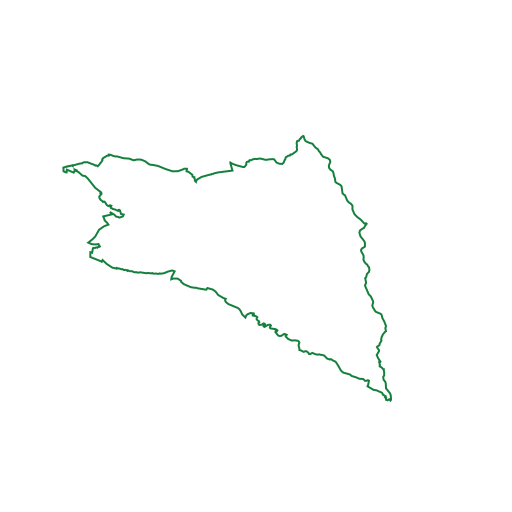 outline of Plopis, Salaj, Romania, rotated 226°
{"feature_id": "2599482B94212373707820", "entity_name": "Plopis", "entity_type": "district", "adm_level": 2, "iso_a3": "ROU", "parent_name": "Romania", "parent_adm1": "Salaj", "projection": "robinson", "projection_center": [22.647, 47.107], "detail": "fine", "context": "isolated", "style": "outline", "palette": "green", "viewbox_px": 512, "rotation_deg": 226, "n_neighbors": 0, "source": "geoboundaries", "source_scale": "gbopen_adm2", "svg_char_len": 6118}
<svg xmlns="http://www.w3.org/2000/svg" viewBox="0 0 512 512"><g transform="rotate(226 256 256)"><path d="M309.2,373.5L309.6,373.3L309.9,370.7L309.4,369.8L309.7,368.8L309.1,366.9L310.0,365.7L310.0,365.1L308.9,363.6L306.8,362.1L306.2,361.0L304.3,359.8L303.4,358.4L303.4,357.2L304.2,352.1L305.1,351.3L304.7,350.3L305.8,348.7L305.9,347.5L306.3,346.4L306.2,345.7L305.1,344.0L305.1,343.2L303.9,340.6L304.1,338.7L306.3,336.8L309.0,335.7L312.9,336.2L314.3,335.1L317.1,331.7L317.7,330.5L319.4,329.1L322.1,327.5L323.8,326.1L325.1,324.0L326.6,322.7L327.9,320.6L328.2,319.1L329.4,318.0L329.3,317.3L328.8,316.4L329.7,315.5L330.0,314.6L329.7,313.7L328.4,312.4L328.1,309.6L328.8,308.6L335.3,304.7L339.2,302.9L341.0,302.5L340.7,302.1L333.8,298.4L342.3,287.0L344.4,283.6L344.8,282.3L345.6,281.4L345.6,280.6L346.4,279.7L350.7,271.8L351.9,266.8L351.5,265.2L351.7,264.8L351.2,264.3L352.1,264.2L353.1,264.7L353.8,265.4L354.9,265.7L355.5,266.4L357.1,265.5L358.7,266.6L363.4,265.9L365.2,264.9L366.7,266.9L368.7,265.0L369.0,263.7L371.2,258.8L374.9,254.8L381.3,251.4L388.8,248.1L393.4,244.9L394.9,243.5L396.7,242.7L400.6,242.2L404.1,240.8L405.9,239.7L406.6,238.8L407.8,237.8L409.8,234.5L414.3,232.3L418.4,228.6L424.4,225.1L424.9,224.3L426.8,223.0L430.0,221.6L431.0,220.7L430.4,220.4L430.4,219.8L431.5,218.8L432.7,213.6L432.2,212.4L431.7,212.3L430.9,209.6L431.0,208.9L430.6,206.6L430.5,204.5L431.9,204.2L432.5,203.3L433.2,203.3L440.7,199.8L441.7,198.5L442.6,197.9L443.5,195.9L443.4,195.3L444.8,193.6L447.9,187.9L448.6,187.4L448.6,187.1L448.1,186.6L449.0,186.4L449.9,185.2L449.9,184.7L450.8,183.7L451.1,182.7L451.7,182.5L451.7,182.0L453.4,178.9L450.6,176.4L448.3,177.3L447.7,177.8L449.5,179.9L442.6,182.8L443.4,185.0L444.3,185.6L442.1,186.5L441.7,185.8L439.8,186.6L434.4,187.0L432.0,188.7L428.3,188.8L416.6,187.7L409.4,188.8L409.3,187.7L408.0,187.9L407.7,184.7L406.6,183.7L404.5,183.2L403.1,183.5L401.1,183.5L400.8,184.5L399.7,184.8L396.5,184.1L395.0,184.3L394.0,184.8L393.7,185.6L394.0,185.9L393.8,186.3L392.6,186.8L392.2,185.4L391.2,185.0L389.6,185.8L389.2,185.7L387.2,187.0L384.2,188.1L384.1,188.4L384.6,189.2L384.2,189.7L383.3,189.8L380.0,188.1L377.7,189.6L377.0,187.9L377.1,187.4L378.5,184.4L379.9,183.9L381.5,182.7L384.0,182.8L389.1,181.5L386.1,181.2L390.6,173.6L387.1,172.2L386.8,171.8L383.3,172.0L381.1,171.6L382.9,167.5L383.9,161.4L381.7,153.9L381.6,150.3L382.1,144.6L378.8,146.0L377.7,146.8L375.4,149.0L374.0,151.0L372.6,150.4L371.4,150.4L371.3,149.9L372.3,148.4L372.2,147.6L372.8,147.4L373.4,146.6L373.6,145.7L374.4,145.1L374.9,144.1L372.2,140.4L373.8,139.5L370.4,136.1L360.6,140.5L359.0,141.0L359.7,142.8L353.9,143.1L347.4,144.6L343.8,146.9L344.2,147.5L342.3,148.5L342.0,149.0L339.7,150.1L339.4,150.8L337.6,151.3L336.6,152.6L334.6,153.2L334.8,153.9L333.1,154.4L330.8,156.5L329.5,156.8L328.0,157.9L327.7,158.6L326.2,159.3L324.6,161.5L320.2,164.8L319.3,165.7L319.1,166.3L316.2,168.6L315.9,169.5L314.9,169.7L312.4,172.3L311.4,172.9L310.5,174.0L310.4,174.6L309.3,175.3L307.2,178.4L307.1,179.4L306.6,179.9L306.2,181.4L303.8,185.7L301.5,186.8L299.5,180.8L298.1,178.9L297.2,180.9L294.1,184.0L290.1,184.8L289.4,184.2L285.9,184.5L278.8,187.5L275.5,190.0L274.9,190.8L273.3,191.6L266.3,196.8L266.7,198.8L261.9,201.6L258.5,202.2L254.3,201.7L248.6,203.3L246.2,204.4L246.1,203.5L244.7,202.5L243.0,202.4L240.4,202.8L231.3,206.8L229.6,207.1L226.9,206.7L223.6,205.5L219.1,205.6L220.0,207.7L220.0,209.3L218.7,212.7L218.1,212.9L216.4,214.5L215.7,214.2L216.1,213.3L215.9,212.6L215.4,212.3L212.9,214.1L211.1,214.4L211.0,213.6L210.2,212.6L208.6,212.4L207.1,212.8L206.1,212.4L206.2,211.5L205.6,210.7L204.1,210.5L202.4,212.7L202.3,214.6L201.3,215.2L200.7,215.1L200.4,214.7L200.6,213.1L200.2,212.6L199.1,212.8L198.2,216.7L196.7,218.5L195.6,218.4L195.2,216.6L194.7,216.1L193.9,216.1L189.7,219.3L187.8,219.8L187.5,219.6L187.4,218.6L188.4,218.1L187.8,217.1L183.4,216.7L182.0,217.4L181.5,218.1L181.0,218.8L180.4,222.1L179.3,222.8L178.0,223.3L178.0,221.8L177.5,221.5L173.9,221.5L170.3,223.0L168.3,225.4L166.1,227.1L165.0,227.4L163.6,227.1L162.3,224.6L159.6,223.1L158.2,221.9L156.9,222.7L153.9,223.7L153.1,225.6L152.1,226.2L149.9,226.5L148.9,226.0L147.8,226.8L147.2,229.2L144.3,230.4L142.4,231.6L141.2,233.3L140.2,233.7L139.1,234.7L137.0,235.9L132.8,235.9L130.2,237.2L130.2,237.8L129.1,238.5L127.9,238.6L124.7,239.8L121.5,239.3L114.4,237.5L111.4,237.8L105.7,241.2L103.2,241.5L99.2,243.7L95.7,245.2L93.2,247.6L90.3,247.8L89.7,248.5L88.9,250.2L87.8,250.6L84.9,246.4L84.9,245.8L84.4,245.8L78.0,247.6L75.6,249.4L70.2,251.6L69.2,251.5L68.2,250.9L65.2,251.8L64.9,250.9L64.3,251.2L64.0,250.7L63.4,251.0L62.3,249.7L60.9,250.3L60.4,252.3L58.6,252.2L58.7,253.0L59.4,253.9L62.6,256.4L64.2,257.0L70.5,257.6L74.4,261.0L76.1,261.7L78.2,261.8L80.2,263.1L80.8,263.8L81.0,265.2L83.3,267.4L85.3,268.7L85.7,269.3L86.3,268.9L88.7,268.9L90.7,268.3L91.3,268.9L91.5,269.5L94.2,270.9L94.4,271.2L93.5,271.7L93.5,272.1L97.4,272.8L100.9,274.0L102.1,278.4L102.7,279.0L106.5,279.7L106.6,280.6L106.1,282.8L107.1,284.2L107.9,287.4L109.0,287.9L110.7,290.6L110.6,290.8L111.4,292.7L111.8,295.9L111.6,297.2L114.3,299.0L115.2,300.8L119.9,302.8L123.9,303.9L125.9,305.2L127.0,305.6L128.3,305.3L132.4,303.5L133.8,303.5L138.1,304.5L139.6,305.3L141.4,308.3L142.2,308.8L147.1,310.5L150.2,310.5L159.1,313.9L160.1,316.3L160.8,317.0L164.2,319.1L164.1,320.0L164.3,320.6L166.0,323.3L166.1,326.3L167.4,328.1L169.4,329.5L170.5,329.4L172.5,330.0L174.4,329.7L176.8,330.0L178.7,330.7L180.3,332.6L181.7,333.7L186.1,334.9L187.1,335.5L187.5,336.0L187.8,337.7L187.1,340.4L187.2,341.0L189.9,343.6L191.6,344.2L197.6,344.8L201.0,346.6L202.1,348.5L201.8,351.0L201.2,353.2L201.9,355.4L202.3,357.9L203.2,357.8L203.5,356.9L204.2,356.5L209.4,356.6L213.8,355.9L217.6,355.9L222.5,357.7L225.1,360.3L227.3,360.6L230.2,360.0L232.5,360.1L237.8,362.2L239.3,361.8L241.0,361.8L246.8,366.0L248.7,366.0L252.7,364.7L254.2,364.6L257.2,366.8L259.3,367.6L262.3,369.6L263.7,370.1L266.5,369.5L268.7,369.8L270.4,371.2L272.2,375.0L273.9,375.9L276.4,375.6L280.8,373.2L283.9,373.5L286.0,374.1L287.9,374.1L289.7,374.7L292.7,374.1L297.6,374.6L300.1,373.1L304.1,371.5L306.1,371.9L309.2,373.5Z" fill="none" stroke="#15803d" stroke-width="2"/></g></svg>